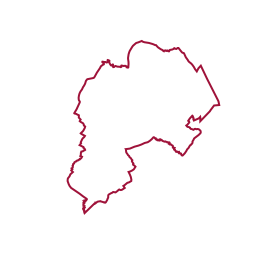 the district of Chamni, Buri Ram, Thailand, rotated 306°
{"feature_id": "78962969B38996553014175", "entity_name": "Chamni", "entity_type": "district", "adm_level": 2, "iso_a3": "THA", "parent_name": "Thailand", "parent_adm1": "Buri Ram", "projection": "albers", "projection_center": [102.795, 14.787], "detail": "fine", "context": "isolated", "style": "outline", "palette": "rose", "viewbox_px": 256, "rotation_deg": 306, "n_neighbors": 0, "source": "geoboundaries", "source_scale": "gbopen_adm2", "svg_char_len": 5784}
<svg xmlns="http://www.w3.org/2000/svg" viewBox="0 0 256 256"><g transform="rotate(306 128 128)"><path d="M206.5,88.0L203.2,85.9L201.8,84.8L201.4,84.6L197.5,83.7L196.2,83.7L191.4,84.1L190.2,84.4L188.1,85.1L185.0,86.7L184.0,87.4L181.7,89.6L180.0,90.9L177.2,92.6L176.8,92.5L176.3,91.2L176.9,90.8L177.0,90.6L176.7,89.3L176.6,89.0L175.7,88.2L174.8,86.1L174.5,85.9L174.2,86.0L173.9,86.6L173.6,86.7L173.0,86.4L172.6,85.2L171.4,83.3L170.8,81.4L170.4,81.1L169.2,80.9L168.6,80.3L168.7,80.0L168.8,79.7L170.3,78.8L170.5,78.6L170.5,78.4L170.3,78.2L169.0,78.0L168.7,77.6L168.7,77.1L169.6,74.9L170.5,74.0L171.5,73.4L171.5,73.1L171.3,72.5L171.2,71.8L171.1,71.6L170.9,71.6L170.2,72.1L170.0,72.7L169.8,72.8L169.4,72.8L168.9,72.6L168.3,72.0L168.1,70.9L167.4,70.0L166.8,68.5L166.6,68.3L166.3,68.4L166.1,68.8L166.1,70.3L165.7,70.9L165.3,71.0L164.9,70.7L163.5,70.3L163.0,70.0L161.8,69.8L160.1,70.1L154.5,70.3L149.9,70.9L149.0,70.9L148.4,70.8L147.2,69.8L144.0,66.8L143.5,66.4L143.0,66.3L141.3,66.3L138.8,67.2L137.7,67.4L135.7,67.6L134.6,67.6L132.2,68.1L129.6,68.1L127.4,68.5L125.3,69.3L123.4,70.3L122.0,71.5L121.6,72.0L121.1,73.4L120.4,73.9L112.9,75.4L108.4,75.8L108.3,76.2L109.0,77.9L109.1,79.5L109.3,79.9L109.4,80.8L107.5,82.1L107.0,84.7L105.2,84.9L105.1,86.0L105.4,88.8L104.9,90.1L104.1,90.8L104.0,92.5L102.6,93.0L99.7,93.4L98.9,93.4L95.9,92.9L95.8,93.8L96.3,97.8L94.9,97.9L93.2,97.5L92.1,97.5L88.6,98.2L88.1,99.0L85.7,98.9L86.4,103.1L85.8,103.6L85.9,104.1L85.5,105.6L85.1,106.2L84.4,106.0L83.7,105.4L82.5,105.1L81.5,104.1L80.2,104.5L78.2,105.8L77.3,105.9L77.7,107.7L76.3,107.9L74.4,107.5L74.4,107.1L73.7,107.2L72.8,106.6L72.3,106.6L71.7,105.9L71.1,105.7L70.7,105.8L70.6,105.6L69.3,105.0L68.5,104.8L67.9,105.2L67.6,105.2L66.9,105.1L66.5,104.8L65.5,105.4L65.0,105.4L65.0,105.7L64.8,105.8L64.5,105.8L63.8,106.4L63.2,106.5L62.3,106.1L62.2,106.6L61.8,106.7L61.8,107.2L60.3,107.1L60.0,109.3L56.6,108.6L54.5,109.1L51.9,109.0L51.2,109.3L49.6,110.3L47.8,112.9L46.8,114.8L46.1,117.2L46.4,127.2L46.3,131.8L46.4,136.3L46.1,136.6L45.6,136.4L45.3,136.7L44.9,136.7L44.9,136.3L44.7,136.3L44.4,136.1L44.3,135.8L43.8,135.3L43.7,135.4L43.6,135.8L43.4,135.8L43.3,136.0L42.9,135.5L42.8,136.0L42.6,136.2L42.3,135.8L41.8,136.0L41.7,136.3L41.3,136.1L41.1,136.8L40.9,136.7L40.8,136.4L40.7,136.4L40.5,136.7L40.2,136.7L39.8,136.9L39.7,137.2L39.1,137.5L39.3,137.7L39.1,138.0L39.3,138.7L38.6,138.9L38.3,139.7L38.0,139.6L38.0,139.1L37.5,139.1L36.8,138.9L36.6,138.9L35.8,139.7L35.8,140.1L36.0,140.3L35.7,140.4L35.6,140.9L35.4,140.9L35.3,141.2L35.1,141.3L35.1,141.7L34.5,141.8L34.4,142.2L34.0,142.3L33.6,142.9L46.8,145.2L46.9,145.6L47.1,145.7L48.4,145.4L48.5,146.1L50.4,146.6L52.0,148.1L52.4,148.8L52.6,148.8L52.9,149.9L53.5,151.6L53.7,152.5L54.0,152.5L54.4,153.6L55.1,153.7L58.0,153.4L58.5,153.1L60.0,152.9L61.9,151.6L62.5,151.5L63.0,151.6L65.2,152.6L66.4,153.3L67.5,153.6L68.6,155.8L70.9,156.5L72.6,156.8L73.1,157.1L73.1,157.6L73.6,158.7L74.3,159.3L74.9,159.6L77.6,160.6L78.4,158.3L79.7,158.8L83.3,159.7L84.5,160.7L87.0,161.8L88.2,161.1L90.0,159.1L91.3,157.1L92.8,154.3L94.1,155.3L96.0,156.3L98.0,157.0L101.1,156.8L101.4,155.0L101.2,154.1L101.7,153.3L102.5,153.2L103.0,151.5L103.4,150.7L103.9,150.4L104.5,150.4L104.7,149.3L105.2,148.3L105.4,146.2L106.0,145.4L106.1,143.9L106.5,143.1L107.0,141.5L107.3,140.9L107.9,140.3L108.5,139.7L109.3,139.2L109.6,138.6L112.4,141.6L116.8,144.3L119.9,146.8L122.6,148.6L125.7,150.3L128.1,152.3L130.4,153.2L133.0,153.8L135.2,154.0L135.7,154.3L135.8,154.8L135.6,155.5L136.0,156.5L135.6,156.9L135.3,156.9L135.2,157.3L135.7,157.8L135.3,158.5L135.3,159.0L135.5,159.2L136.1,159.3L136.0,159.8L136.1,160.6L136.7,160.8L136.9,161.2L137.2,161.1L137.3,160.6L137.7,160.5L137.9,160.8L138.1,162.7L137.8,163.3L138.3,165.0L138.3,165.4L139.1,166.1L139.1,166.7L139.6,167.6L139.4,168.1L139.7,168.5L139.7,169.1L140.5,169.5L140.7,170.0L140.6,170.3L140.4,170.4L139.8,170.2L139.3,170.4L139.5,170.8L139.3,171.2L139.8,171.4L140.0,172.3L139.7,172.9L139.8,173.2L139.8,174.2L140.0,174.3L140.0,174.6L139.1,175.6L138.5,175.8L138.5,176.3L139.1,176.9L139.3,177.4L138.8,177.5L138.4,177.8L137.8,177.8L137.7,177.9L137.6,178.2L137.9,178.9L137.6,179.3L137.0,180.9L137.1,181.1L137.7,181.3L137.6,181.9L138.0,182.3L138.1,182.6L137.8,183.3L138.6,183.2L138.7,183.3L138.2,183.9L138.2,184.4L137.9,185.0L138.0,185.3L138.4,185.6L138.5,186.0L138.1,186.3L137.5,187.4L137.6,188.1L138.0,188.4L140.9,188.8L143.7,188.7L145.5,188.4L147.3,188.7L150.4,188.4L151.1,188.8L151.8,188.7L152.7,189.0L153.9,188.9L155.0,188.1L157.3,187.9L158.0,187.7L158.7,187.7L164.0,189.3L165.6,189.5L166.1,189.7L167.0,189.5L167.4,189.3L168.1,188.6L168.4,188.1L168.6,186.0L168.1,184.9L167.2,184.0L166.8,182.8L166.3,182.4L165.1,182.1L164.9,181.9L164.9,181.2L164.4,179.6L164.2,179.3L164.4,178.1L164.7,177.9L164.7,177.5L164.6,176.9L163.9,175.4L164.0,174.6L164.3,173.7L165.4,174.1L168.6,174.3L169.1,173.7L169.2,172.5L172.0,172.4L175.7,172.8L175.6,173.6L174.9,173.6L174.5,175.4L173.6,175.6L172.8,176.9L177.2,179.5L177.7,179.7L179.4,179.9L178.8,180.5L176.0,182.5L189.6,184.4L191.1,184.3L196.8,184.4L200.2,188.3L202.4,185.9L203.0,185.1L214.3,163.0L221.2,150.3L217.7,149.9L214.2,150.4L215.0,147.7L216.1,145.4L217.0,142.7L217.3,141.1L217.4,138.5L217.7,137.3L218.2,136.3L219.2,133.2L221.3,129.5L221.4,128.9L221.1,128.5L220.9,127.2L222.4,121.8L221.9,121.1L221.0,120.9L220.3,120.6L219.9,119.6L219.9,118.8L219.8,118.5L219.4,118.4L218.9,118.5L217.4,117.6L217.0,117.3L216.8,116.9L216.2,116.5L215.8,116.0L215.0,115.9L214.3,116.2L213.8,115.6L213.7,114.7L213.9,114.4L213.6,114.1L213.2,114.1L212.8,113.6L212.9,113.0L212.6,112.9L212.4,112.3L211.9,112.1L211.7,111.7L211.4,111.8L211.4,111.5L211.1,111.4L211.3,109.8L211.0,108.2L210.9,105.7L210.9,104.7L211.5,101.9L211.0,101.2L210.7,99.6L210.3,98.2L209.1,94.9L207.0,90.8L206.5,89.1L206.5,88.0Z" fill="none" stroke="#9f1239" stroke-width="2"/></g></svg>